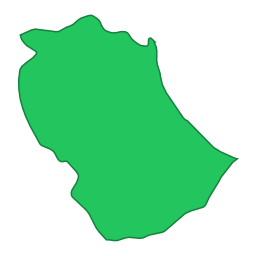 the Governorate of Gabès
{"feature_id": "TUN-111", "entity_name": "Gabès", "entity_type": "Governorate", "adm_level": 1, "iso_a3": "TUN", "parent_name": "Tunisia", "parent_adm1": "", "projection": "natural_earth1", "projection_center": [9.729, 33.79], "detail": "fine", "context": "isolated", "style": "filled", "palette": "green", "viewbox_px": 256, "rotation_deg": 0, "n_neighbors": 0, "source": "natural_earth", "source_scale": "10m", "svg_char_len": 1808}
<svg xmlns="http://www.w3.org/2000/svg" viewBox="0 0 256 256"><path d="M155.2,42.2L154.3,42.7L156.1,46.6L156.8,51.0L156.7,60.4L157.3,64.5L160.0,73.2L160.6,77.3L162.3,84.6L166.4,93.0L183.1,117.6L184.9,119.5L187.5,120.9L213.6,147.5L220.4,151.7L234.7,158.2L237.3,158.8L236.8,159.2L232.9,162.1L221.6,176.5L220.2,178.6L219.5,180.4L209.4,196.9L205.6,205.0L204.3,206.4L203.3,207.1L191.2,210.8L185.3,213.4L164.4,231.4L162.4,232.2L148.9,235.2L143.4,237.7L141.9,238.1L138.8,238.2L128.8,237.3L125.4,237.9L117.7,240.4L116.0,240.6L114.4,240.6L109.6,239.9L106.3,239.8L98.9,231.6L96.4,228.2L89.2,214.1L86.7,210.6L72.3,196.9L71.7,195.7L71.3,194.3L71.4,192.3L71.7,191.0L72.1,189.9L76.4,182.9L76.8,182.0L78.0,178.8L78.4,177.1L78.5,176.2L78.3,175.0L77.6,173.6L76.0,171.2L67.4,161.8L66.4,161.3L65.7,161.1L64.9,161.2L62.4,161.7L61.5,161.6L60.7,161.4L59.8,161.0L59.0,160.3L58.3,159.6L57.7,158.8L55.2,154.0L54.1,152.2L53.4,151.4L51.8,150.1L50.0,149.0L41.9,145.6L41.1,145.0L40.4,144.4L39.8,143.6L30.3,126.4L25.5,115.8L22.6,107.7L20.3,99.4L18.9,89.4L18.7,79.8L19.8,70.7L20.2,69.2L21.1,67.7L21.6,66.9L22.4,66.1L25.7,63.1L32.6,58.0L35.8,54.7L36.3,53.9L36.6,53.2L36.4,52.2L35.6,51.2L27.3,46.0L26.3,45.2L23.2,41.7L21.4,38.9L20.3,35.0L31.5,30.0L35.3,29.1L55.8,31.7L57.7,31.6L59.0,31.4L66.6,27.2L69.9,26.1L73.1,24.4L78.6,19.7L81.0,18.2L88.2,15.7L90.1,15.4L91.6,15.4L93.3,16.1L96.9,18.5L98.6,20.0L99.3,20.7L99.8,21.5L100.7,23.3L101.3,25.2L103.5,28.7L105.1,30.3L106.8,31.2L109.9,32.3L112.1,32.8L112.9,32.9L116.9,32.6L120.1,31.8L121.7,31.6L124.7,31.7L126.4,32.2L127.7,33.0L129.1,34.9L131.4,38.5L134.2,41.2L137.6,43.7L140.8,45.5L144.9,46.1L146.4,46.1L147.3,45.8L148.0,45.1L148.3,44.4L148.5,43.6L148.4,41.0L148.5,39.9L148.8,39.0L149.6,38.2L150.3,38.1L150.7,38.1L151.4,38.5L155.2,42.2Z" fill="#22c55e" stroke="#15803d" stroke-width="1.5"/></svg>